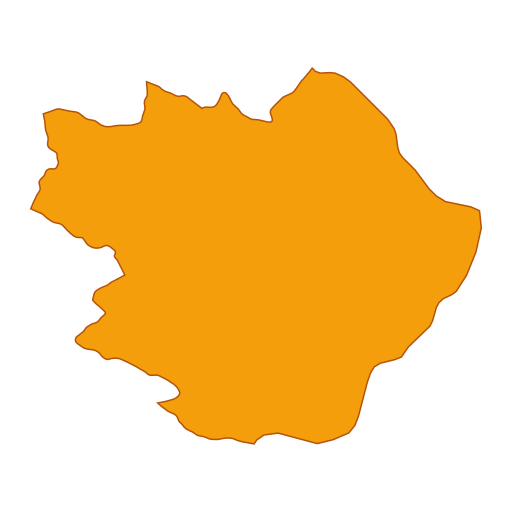 the District of Pirotski
{"feature_id": "SRB-121", "entity_name": "Pirotski", "entity_type": "District", "adm_level": 1, "iso_a3": "SRB", "parent_name": "Republic of Serbia", "parent_adm1": "", "projection": "albers", "projection_center": [22.387, 43.137], "detail": "fine", "context": "isolated", "style": "filled", "palette": "amber", "viewbox_px": 512, "rotation_deg": 0, "n_neighbors": 0, "source": "natural_earth", "source_scale": "10m", "svg_char_len": 4492}
<svg xmlns="http://www.w3.org/2000/svg" viewBox="0 0 512 512"><path d="M312.3,68.1L315.3,71.3L320.2,73.1L330.0,72.6L335.0,73.1L343.5,76.9L346.0,78.7L350.5,82.0L387.6,119.1L394.1,128.6L396.0,134.2L397.7,147.2L399.3,152.8L402.6,157.5L415.1,170.0L428.9,188.6L436.2,195.9L445.4,201.6L470.9,206.9L479.5,210.7L480.4,219.0L481.3,228.0L476.0,251.8L466.6,275.2L456.2,291.4L452.0,294.5L443.2,298.7L438.9,302.7L436.3,307.7L432.6,320.7L429.9,326.2L408.3,347.0L401.5,356.9L401.5,357.0L401.4,357.0L394.6,359.7L380.3,363.2L374.2,366.9L370.6,372.9L367.4,381.9L358.4,416.4L355.3,424.4L354.9,425.4L348.9,432.9L333.1,439.7L317.3,443.6L278.1,433.1L263.9,435.0L256.8,439.9L254.1,443.9L253.8,443.9L245.2,442.3L242.8,441.9L238.9,440.9L237.1,440.3L233.0,438.6L231.0,438.2L228.9,438.0L224.9,438.1L218.8,439.3L216.8,439.5L212.9,439.4L210.9,439.2L209.1,438.8L205.0,437.0L203.4,436.6L198.6,435.7L197.5,435.3L196.4,434.7L193.6,432.7L192.5,432.0L189.0,430.4L186.0,428.8L184.0,426.9L182.1,424.4L179.5,422.0L178.7,420.7L177.0,416.6L176.1,415.5L175.3,414.8L173.4,413.7L170.2,412.3L168.5,411.5L167.1,410.6L161.6,406.5L157.7,403.0L166.9,401.1L172.8,399.4L175.3,398.4L176.7,397.4L178.0,396.3L179.0,395.1L179.6,393.7L179.7,392.4L179.2,391.0L178.5,389.6L177.7,388.3L176.3,386.5L173.7,384.2L168.0,380.4L166.5,379.5L160.1,376.2L158.8,375.6L157.3,375.2L155.7,375.1L151.6,375.3L150.6,375.3L149.1,374.9L147.8,374.1L144.9,371.7L140.4,369.2L136.5,366.8L126.3,361.6L121.3,359.4L119.2,358.6L117.2,358.3L115.2,358.2L113.1,358.3L111.2,358.6L108.1,359.4L106.7,359.3L105.3,358.8L103.9,358.0L102.1,356.5L99.7,353.5L98.5,352.4L97.0,351.4L95.0,350.4L93.1,349.9L86.8,349.0L84.3,348.2L83.0,347.4L78.8,344.6L77.4,343.5L76.2,342.3L75.5,340.9L75.4,339.6L75.7,338.3L76.3,337.1L83.4,331.5L84.5,330.1L85.7,328.3L86.8,327.1L87.7,326.5L91.1,324.4L92.5,323.8L96.5,322.5L97.4,321.9L98.6,320.9L100.9,317.8L104.6,314.5L105.1,313.8L105.4,313.1L105.3,312.6L104.7,311.5L99.5,306.6L96.2,303.9L92.8,300.4L92.8,299.2L94.2,293.7L94.7,292.5L95.5,291.4L96.4,290.6L99.4,288.6L102.9,287.0L106.9,285.4L108.4,284.5L111.1,282.3L119.6,277.9L124.8,275.0L117.6,260.7L116.7,259.4L114.9,257.4L114.4,256.4L114.3,255.9L115.4,252.9L115.4,251.8L114.9,250.7L114.2,250.1L110.9,247.4L109.6,246.5L108.2,245.8L106.6,245.5L105.9,245.5L104.3,246.0L101.0,247.5L99.0,247.9L97.0,248.1L94.9,248.0L92.9,247.6L90.9,246.7L88.7,245.5L87.4,244.4L86.3,243.0L83.4,238.9L82.5,238.0L81.6,237.6L80.6,237.5L78.7,237.5L77.3,237.4L76.1,237.1L75.0,236.6L73.5,235.8L71.0,233.8L67.3,230.4L63.7,226.4L62.0,224.8L60.9,224.2L59.8,223.7L55.1,222.7L53.6,222.2L52.2,221.6L47.4,218.5L42.9,214.4L41.8,213.7L30.7,208.8L33.6,202.0L36.9,195.1L39.6,190.9L40.1,189.5L40.2,188.1L39.1,182.9L39.2,181.6L39.8,180.4L40.6,179.3L43.3,176.6L44.1,175.6L44.7,174.5L45.6,172.0L46.1,171.1L47.1,170.0L48.8,169.1L50.3,168.8L53.6,168.9L54.6,168.8L55.4,168.5L56.4,167.6L57.1,166.4L58.2,163.8L58.4,162.6L58.4,161.9L57.5,159.3L57.3,158.4L57.1,155.0L56.9,154.0L56.6,153.1L55.6,152.1L51.9,149.9L49.9,148.5L48.7,147.4L48.0,146.1L47.6,144.7L47.6,143.3L48.1,139.8L48.1,138.2L47.9,136.7L46.0,131.1L45.5,129.2L44.7,120.8L43.3,113.8L49.7,111.7L55.3,109.6L57.5,109.0L59.0,109.0L60.1,109.1L64.3,110.0L69.7,111.2L74.7,111.8L76.3,112.1L78.7,113.0L80.1,114.0L84.7,117.7L86.2,118.6L88.6,119.5L93.4,120.4L95.6,121.1L97.0,122.1L100.1,124.4L101.1,125.0L104.2,126.2L105.7,126.6L107.3,126.7L110.6,126.6L114.5,125.9L118.5,125.4L129.0,125.3L131.1,125.2L133.0,124.9L138.3,123.4L139.4,122.9L140.3,122.3L141.2,121.3L141.8,120.2L142.7,115.7L144.6,110.2L144.9,108.7L144.9,107.1L144.4,103.6L144.4,102.1L144.6,100.7L145.3,99.1L146.9,96.4L147.2,95.3L147.3,94.2L147.2,90.3L146.5,81.7L158.1,86.3L159.3,86.9L162.0,89.3L163.9,90.7L166.2,91.7L170.6,93.1L175.8,95.7L178.1,96.3L179.6,96.3L182.6,95.7L184.1,95.8L186.2,96.5L187.2,97.0L190.0,99.3L202.0,108.4L202.6,108.0L203.9,107.5L205.5,107.1L210.4,107.3L212.1,107.2L213.3,106.9L214.4,106.5L215.7,105.5L217.1,103.8L219.0,100.5L221.6,94.3L222.3,93.3L223.0,92.9L223.9,92.6L225.2,92.7L226.0,93.0L226.7,93.7L228.1,95.5L229.3,97.4L231.7,102.2L233.0,104.2L238.3,109.0L241.2,113.1L243.1,114.9L247.4,117.0L250.8,119.0L251.8,119.3L257.1,119.7L258.7,119.9L267.8,122.0L269.2,122.1L270.2,122.0L271.2,121.8L272.1,121.0L272.3,120.2L272.3,119.2L272.0,117.8L270.5,113.5L270.3,112.5L270.4,111.1L271.1,109.5L272.3,108.0L275.1,105.0L282.8,97.4L285.0,96.2L291.1,93.5L292.2,92.9L293.5,91.8L294.6,90.7L297.3,87.0L299.6,83.5L301.8,80.5L304.4,77.8L308.1,73.3L308.6,72.9L312.2,68.1L312.3,68.1Z" fill="#f59e0b" stroke="#b45309" stroke-width="1.5"/></svg>